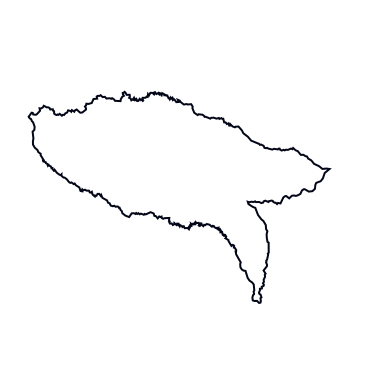 Popayán, Cauca, Colombia, rotated 343°
{"feature_id": "7082276B86437588749871", "entity_name": "Popayán", "entity_type": "district", "adm_level": 2, "iso_a3": "COL", "parent_name": "Colombia", "parent_adm1": "Cauca", "projection": "equal_earth", "projection_center": [-76.57, 2.442], "detail": "fine", "context": "isolated", "style": "outline", "palette": "ink", "viewbox_px": 384, "rotation_deg": 343, "n_neighbors": 0, "source": "geoboundaries", "source_scale": "gbopen_adm2", "svg_char_len": 5937}
<svg xmlns="http://www.w3.org/2000/svg" viewBox="0 0 384 384"><g transform="rotate(343 192 192)"><path d="M185.8,85.7L184.9,85.8L185.1,86.8L184.3,87.6L183.2,85.7L181.2,85.0L179.2,87.0L178.6,85.5L177.4,88.1L176.6,87.5L175.2,88.3L172.3,87.5L171.9,88.1L172.1,90.3L171.6,90.5L171.1,88.7L170.0,89.2L169.2,87.6L167.4,89.2L166.2,89.0L165.7,88.3L166.2,87.2L165.9,86.5L164.3,87.3L164.1,84.9L163.3,85.5L163.0,86.8L162.0,86.2L160.8,86.6L160.6,84.7L159.4,83.5L160.6,82.3L160.8,80.8L157.9,80.0L157.4,77.3L156.7,76.5L155.9,77.2L154.8,77.0L154.5,78.0L155.0,80.1L153.2,80.5L151.0,82.5L150.2,84.2L145.1,82.3L144.5,80.7L143.0,78.9L142.0,79.3L140.8,78.3L137.5,77.6L136.5,75.5L134.3,75.1L132.9,72.7L131.6,73.1L130.0,72.5L128.8,72.8L128.6,75.0L125.0,74.3L122.1,77.6L118.6,77.5L116.8,76.7L115.9,78.3L114.6,78.9L115.1,80.9L114.7,82.2L110.3,83.9L108.3,83.5L105.8,79.4L104.0,79.7L102.9,80.8L101.1,78.6L100.0,79.9L99.5,79.0L97.4,77.7L95.8,79.5L94.0,79.7L92.3,80.9L91.0,80.4L89.9,81.0L88.3,78.6L86.7,79.2L86.2,78.6L85.0,78.8L84.0,78.0L83.1,76.7L83.7,74.4L82.9,73.5L83.1,72.2L80.5,71.6L80.4,70.1L79.1,68.9L77.8,68.6L75.5,66.2L73.9,67.6L71.9,68.0L70.7,67.4L70.4,69.9L66.3,72.3L65.2,72.5L62.8,71.4L62.8,69.8L61.8,69.3L57.8,72.3L58.4,74.2L59.4,75.2L59.6,77.3L60.4,78.9L60.6,83.6L59.4,86.5L57.2,87.7L56.0,94.4L54.6,97.3L53.8,100.2L54.6,103.6L56.5,106.7L56.7,108.9L58.5,111.3L58.0,112.6L59.5,118.2L58.7,118.2L58.7,119.3L60.8,120.7L60.7,121.6L61.8,122.8L61.9,124.8L62.9,124.2L63.1,125.0L64.5,126.3L64.6,128.2L65.6,128.3L65.4,129.3L66.1,131.4L66.7,131.5L67.2,130.8L68.4,134.2L70.5,136.9L71.4,137.5L72.3,137.0L71.9,138.2L73.2,140.5L74.4,141.0L76.0,143.2L77.3,146.6L78.3,147.7L79.5,147.6L81.2,149.9L82.3,149.6L83.0,151.7L85.6,154.7L85.7,158.4L87.1,159.2L87.2,157.9L87.7,158.2L88.0,157.6L88.6,158.7L90.3,158.5L91.6,159.9L93.9,160.6L94.1,162.5L95.8,163.4L95.7,162.7L96.3,162.5L96.2,165.4L97.8,167.9L98.4,167.0L99.5,167.7L101.1,166.2L102.6,166.6L103.6,169.1L104.3,168.3L104.7,171.5L108.3,175.2L108.6,177.7L109.9,178.7L110.3,181.2L112.2,182.5L113.6,182.4L114.7,183.8L116.4,184.0L117.3,184.7L117.6,186.1L118.2,186.1L118.5,188.3L119.3,189.9L119.2,192.0L121.5,195.2L124.6,197.6L128.0,194.8L130.2,195.3L131.6,196.5L132.5,195.8L133.2,197.0L134.6,196.6L135.4,198.0L136.9,197.8L139.3,199.7L140.3,199.1L141.2,199.9L146.5,199.2L149.1,201.4L149.0,203.8L150.3,204.4L151.5,207.2L153.5,205.8L154.4,206.7L155.7,206.6L155.5,208.0L156.6,209.2L158.1,209.0L162.7,210.2L161.5,213.0L162.1,213.6L161.4,214.4L161.7,215.8L163.4,216.1L164.0,218.0L165.4,217.7L166.0,216.5L167.4,218.9L167.9,218.4L168.6,219.2L168.9,218.0L169.9,218.4L170.3,221.2L171.1,220.3L172.5,221.8L172.6,222.7L174.1,222.3L174.5,224.5L177.3,225.1L178.2,226.8L179.3,225.5L178.8,224.8L179.1,224.1L179.5,224.0L179.8,225.1L180.8,224.3L180.8,223.5L181.5,224.0L181.8,222.0L182.6,223.2L183.5,222.7L184.2,223.6L185.5,223.6L185.2,222.5L186.0,222.0L186.1,222.8L186.7,222.0L187.1,223.1L189.2,223.4L189.4,225.4L188.7,226.0L189.5,226.8L190.7,226.2L190.3,225.3L190.8,224.4L191.8,224.8L191.7,226.1L192.8,228.0L194.0,226.9L194.9,227.6L196.6,226.9L199.1,228.3L200.9,231.0L201.9,230.4L203.0,231.1L203.0,231.9L204.2,233.4L206.5,233.8L205.5,234.7L206.5,236.0L207.3,235.1L207.8,235.3L208.5,238.1L207.6,238.0L207.4,238.9L209.1,239.1L208.8,241.8L209.7,243.2L210.7,243.5L210.7,242.5L211.2,242.8L211.6,244.4L211.2,244.5L211.2,245.8L210.5,246.1L212.8,248.6L212.6,249.8L213.9,255.0L215.0,254.4L216.0,255.8L216.4,255.4L216.6,255.8L215.8,257.4L216.7,258.2L217.3,260.5L216.6,262.2L216.3,262.0L216.0,264.6L218.0,273.6L217.0,275.0L216.3,278.2L217.0,280.7L218.3,282.2L220.1,283.1L220.1,290.3L221.1,293.6L223.1,296.1L224.0,298.5L222.8,304.3L221.8,305.3L221.5,307.8L220.2,308.5L218.9,310.6L218.4,313.4L219.9,314.5L222.4,315.2L223.7,317.7L225.1,317.8L225.9,316.6L226.5,313.5L227.6,313.1L227.6,310.2L226.7,309.3L226.6,307.9L228.3,305.7L228.7,304.4L230.6,304.7L231.0,303.0L232.8,302.8L233.6,301.9L233.2,300.0L234.5,299.0L234.9,296.8L237.1,294.4L237.5,292.2L238.5,291.6L237.5,288.0L241.9,284.9L242.5,283.4L242.2,281.2L242.8,280.6L242.8,279.6L244.2,278.3L246.5,274.2L246.5,273.1L247.6,272.5L250.5,262.8L249.6,261.7L250.2,257.3L251.1,254.0L252.6,251.6L252.0,249.1L252.9,245.2L251.8,240.6L250.3,238.4L248.4,233.2L247.9,225.7L245.6,223.8L242.5,220.1L242.5,217.7L243.6,218.5L246.1,218.7L247.9,219.6L249.6,219.4L250.1,220.3L253.3,221.2L255.1,222.9L257.0,222.9L257.8,221.9L259.5,221.7L262.2,223.9L262.7,223.3L265.7,223.5L266.6,224.1L266.6,224.8L267.9,226.4L268.9,226.7L269.8,228.4L271.0,227.6L273.3,228.8L277.8,223.9L279.8,223.2L280.9,223.4L283.1,226.5L286.4,224.8L288.5,225.1L290.1,226.1L292.2,226.1L295.1,225.5L297.6,222.7L299.7,222.0L300.6,222.3L303.9,225.8L307.4,226.4L310.4,225.0L312.2,221.0L313.5,219.6L318.2,219.3L321.1,217.3L324.5,212.6L330.2,210.2L327.5,208.9L323.5,208.1L321.0,204.4L317.0,200.8L315.3,196.6L312.9,194.1L312.3,191.6L311.0,190.9L309.4,189.0L306.9,188.3L305.1,183.9L303.2,182.3L301.6,179.5L300.5,180.4L299.4,179.4L296.0,179.8L294.3,179.0L292.8,179.3L291.9,178.4L289.9,178.6L288.6,177.2L288.5,176.1L287.5,175.8L286.6,176.4L283.1,174.7L281.2,174.9L277.8,172.9L276.7,171.7L275.7,171.8L274.2,171.0L274.0,168.8L271.9,166.8L270.8,166.8L270.3,165.7L263.6,160.2L261.6,155.5L258.3,150.9L257.7,147.6L255.6,143.0L252.9,142.3L252.0,142.7L249.9,141.1L248.5,138.4L247.6,139.6L247.0,139.4L247.0,137.0L245.2,137.2L244.5,135.3L243.1,134.8L243.3,131.1L242.3,130.9L241.8,130.0L239.6,130.1L239.4,129.1L236.9,129.0L234.3,127.2L232.1,126.7L230.9,127.2L227.0,124.0L226.0,123.8L225.7,122.5L224.5,121.1L221.0,119.6L219.9,120.1L217.3,116.8L216.9,112.0L217.6,110.6L216.9,107.8L213.3,107.0L212.6,106.3L209.8,106.0L207.3,102.4L207.1,101.2L205.4,99.7L205.6,102.0L203.3,101.5L202.2,98.3L200.7,98.5L201.1,96.7L200.8,95.9L199.4,96.7L199.0,95.4L197.9,96.7L197.8,95.9L197.0,95.6L196.6,92.5L195.6,91.8L195.9,92.9L195.1,91.7L193.8,91.4L193.7,90.0L192.4,88.8L191.3,90.5L190.6,88.4L189.5,87.6L189.2,89.0L188.1,87.6L186.6,87.9L185.8,85.7Z" fill="none" stroke="#020617" stroke-width="2"/></g></svg>